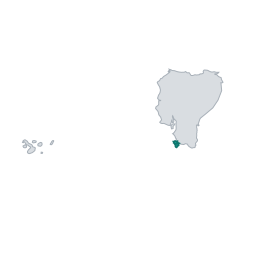 Zapotillo, Loja, Ecuador (highlighted), rotated 340°
{"feature_id": "8360857B34607676191169", "entity_name": "Zapotillo", "entity_type": "district", "adm_level": 2, "iso_a3": "ECU", "parent_name": "Ecuador", "parent_adm1": "Loja", "projection": "mercator", "projection_center": [-80.325, -4.234], "detail": "fine", "context": "in_parent", "style": "filled", "palette": "teal", "viewbox_px": 256, "rotation_deg": 340, "n_neighbors": 0, "source": "geoboundaries", "source_scale": "gbopen_adm2", "svg_char_len": 5405}
<svg xmlns="http://www.w3.org/2000/svg" viewBox="0 0 256 256"><g transform="rotate(340 128 128)"><path d="M232.4,106.7L231.7,107.2L230.0,107.4L228.6,106.9L228.0,106.9L228.0,107.4L229.8,108.5L230.6,110.6L231.9,111.8L232.7,112.5L232.7,112.9L232.5,113.7L232.4,114.4L232.9,117.5L232.6,117.7L231.6,117.7L230.8,117.2L228.8,124.9L222.1,132.6L214.6,138.1L205.9,141.3L199.5,143.5L198.5,144.3L195.4,148.2L195.2,148.6L195.6,149.3L195.7,149.7L195.2,150.0L194.8,150.0L194.6,149.8L194.5,149.3L194.1,148.8L193.6,148.7L193.3,148.8L193.3,149.3L192.6,151.3L192.6,152.4L192.3,152.8L192.3,153.7L191.7,154.5L191.2,155.9L190.7,156.4L190.0,158.6L189.0,160.7L188.9,161.5L189.2,162.0L189.3,162.4L188.9,163.8L186.7,165.1L186.1,165.7L185.9,166.4L186.0,167.0L185.9,167.5L185.2,167.7L184.5,169.0L183.9,169.2L182.5,168.8L181.5,168.8L180.7,168.4L179.1,166.4L178.5,165.1L178.3,163.5L176.7,162.4L174.7,162.6L174.1,162.3L172.6,161.5L171.3,160.7L170.3,160.3L169.6,160.5L168.4,161.9L167.2,162.5L166.7,162.5L166.0,162.1L165.9,161.6L167.6,159.2L166.3,159.2L165.9,158.7L165.8,158.1L165.6,157.4L165.9,156.7L166.5,156.3L167.6,156.6L168.3,156.6L168.7,155.9L169.6,155.3L169.8,155.0L169.3,153.8L169.2,153.2L169.4,152.8L169.3,151.6L169.0,151.1L169.0,150.4L168.7,150.0L168.6,149.2L168.0,148.7L170.1,147.9L170.8,147.2L171.8,146.7L172.6,145.8L173.1,144.9L174.4,140.9L175.6,138.3L175.4,137.1L174.4,135.5L174.2,133.1L174.3,132.4L174.1,131.8L173.5,132.8L173.7,136.4L173.1,138.0L172.3,138.3L171.7,138.1L172.0,135.5L171.5,135.9L170.5,137.7L169.0,139.0L168.9,139.4L168.5,140.0L167.3,139.5L166.4,138.9L163.4,136.0L161.4,135.4L160.2,134.4L160.0,133.9L159.8,133.4L161.0,132.7L162.3,131.9L162.4,130.1L162.4,128.7L161.5,126.2L161.9,123.1L161.6,121.8L160.6,119.2L161.4,117.8L164.2,116.9L165.0,116.2L165.7,114.1L166.3,112.8L167.5,113.4L168.5,113.3L167.2,112.8L166.1,110.9L166.0,110.1L168.0,107.5L169.1,106.8L170.4,105.4L171.5,103.4L171.8,100.1L171.3,97.8L171.0,95.3L171.7,94.7L173.4,94.4L174.7,93.6L175.4,92.8L177.1,92.9L179.0,91.8L182.0,91.2L186.2,89.9L187.1,88.8L186.7,86.8L188.3,88.0L189.0,89.0L191.2,90.0L193.7,92.0L195.4,93.0L197.2,93.9L199.9,94.8L201.5,94.7L202.2,96.1L202.8,96.5L204.3,97.0L204.5,97.2L205.1,99.9L205.4,100.3L206.7,100.8L208.4,100.9L209.0,100.8L210.4,101.6L212.7,102.2L213.4,102.3L213.8,102.2L213.9,101.9L214.6,101.9L215.6,102.3L216.9,102.4L217.8,102.0L218.0,100.5L218.3,100.2L219.3,99.6L219.8,99.7L222.4,100.9L222.9,101.4L223.6,102.2L224.8,103.4L226.1,104.2L228.2,104.6L230.1,105.9L232.4,106.7ZM28.0,105.0L28.8,105.9L29.3,108.2L31.8,110.7L32.1,112.1L31.9,112.7L32.0,113.0L33.3,114.0L34.1,115.0L32.7,117.4L29.8,118.4L26.8,118.4L26.1,118.1L25.3,117.2L25.2,116.4L25.6,115.6L27.2,114.4L29.7,113.3L30.0,112.5L29.0,111.7L28.3,110.1L26.8,109.0L26.0,105.7L25.5,105.5L24.5,106.0L24.0,105.6L23.9,105.3L25.0,104.6L25.2,104.0L26.9,103.8L27.6,104.2L28.0,105.0ZM40.0,115.2L39.3,115.2L37.4,114.0L37.5,112.8L38.3,112.0L40.8,111.6L41.9,112.3L41.8,113.8L41.0,114.8L40.3,115.0L40.0,115.2ZM170.4,143.4L170.2,143.9L169.0,143.8L168.6,143.7L168.9,141.3L169.3,140.6L170.3,139.8L171.1,139.5L172.2,139.6L173.3,140.2L172.0,141.4L170.9,141.8L170.4,143.4ZM26.1,111.3L24.8,111.5L23.7,111.0L23.2,110.4L23.1,109.3L23.2,109.0L25.6,108.6L26.4,109.5L26.4,110.7L26.1,111.3ZM51.7,117.0L50.2,117.5L49.4,117.0L49.3,116.7L50.1,115.9L50.9,115.5L51.7,114.6L53.0,114.1L53.4,114.2L53.7,114.4L53.8,114.7L53.3,115.4L52.5,115.9L51.7,117.0ZM37.0,109.6L36.4,110.0L33.9,109.6L33.2,108.8L33.8,107.8L34.3,107.4L35.8,107.8L37.2,108.9L37.0,109.6ZM38.9,122.5L38.4,122.5L37.6,122.0L38.2,121.0L39.2,121.5L39.4,121.9L38.9,122.5ZM186.1,89.3L185.4,89.4L185.0,88.8L185.9,88.1L186.2,88.0L186.1,89.3Z" fill="#d9dde1" stroke="#a8b0b8" stroke-width="1"/><path d="M169.9,158.7L169.7,158.7L169.7,158.4L169.6,158.1L169.5,157.9L169.5,157.7L169.4,157.6L169.5,157.5L169.4,157.5L169.4,157.4L169.2,157.4L169.0,157.2L169.0,157.3L168.9,157.3L168.7,157.3L168.8,157.3L168.9,157.2L168.7,157.2L168.7,157.3L168.6,157.2L168.4,157.1L168.4,156.9L168.3,156.7L168.3,156.8L168.2,156.7L167.9,156.6L167.8,156.4L167.8,156.5L167.7,156.5L167.6,156.4L167.4,156.3L167.2,156.4L166.9,156.4L166.7,156.5L166.7,156.4L166.5,156.5L166.4,156.5L166.5,156.6L166.4,156.7L166.4,156.8L166.3,156.7L166.3,156.8L166.3,157.0L166.2,157.0L166.0,157.3L166.1,157.5L165.9,157.6L166.0,157.7L166.0,157.8L166.2,158.0L166.3,158.1L166.4,159.2L166.5,159.1L166.8,159.1L166.8,159.3L167.2,159.1L167.3,159.2L167.5,159.1L167.6,159.3L167.7,159.2L167.8,159.2L167.8,159.3L168.0,159.2L168.0,159.3L167.9,159.4L167.9,159.5L167.7,159.7L167.6,159.8L167.4,160.0L167.3,160.3L167.2,160.3L167.0,160.5L166.9,160.6L166.8,160.8L166.7,160.8L166.6,161.0L166.4,161.3L166.3,161.5L166.3,161.8L166.4,162.0L166.4,162.3L166.5,162.4L166.7,162.5L166.8,162.5L166.8,162.4L166.8,162.5L167.0,162.6L167.1,162.8L167.2,162.7L167.5,162.7L167.8,162.5L168.0,162.4L168.3,162.2L168.4,161.9L168.5,161.9L168.6,161.7L168.7,161.8L168.8,161.8L168.8,161.7L169.0,161.7L168.9,161.6L169.0,161.5L169.1,161.4L169.3,161.4L169.4,161.2L169.5,161.1L169.4,161.1L169.5,161.0L169.6,160.9L169.8,160.8L169.8,160.6L169.8,160.4L170.0,160.3L170.3,160.2L170.4,159.9L170.4,160.0L170.5,160.0L170.5,159.9L170.5,160.0L170.6,159.9L170.7,159.7L170.8,159.7L170.7,159.6L170.2,159.6L169.9,159.6L169.8,159.8L169.7,159.9L169.7,160.0L169.7,159.9L169.5,159.7L169.4,159.6L169.2,159.6L169.1,159.4L169.4,159.0L169.5,159.0L169.6,158.9L169.8,158.9L169.7,158.8L169.8,158.9L169.9,158.7Z" fill="#14b8a6" stroke="#0f766e" stroke-width="1.5"/></g></svg>